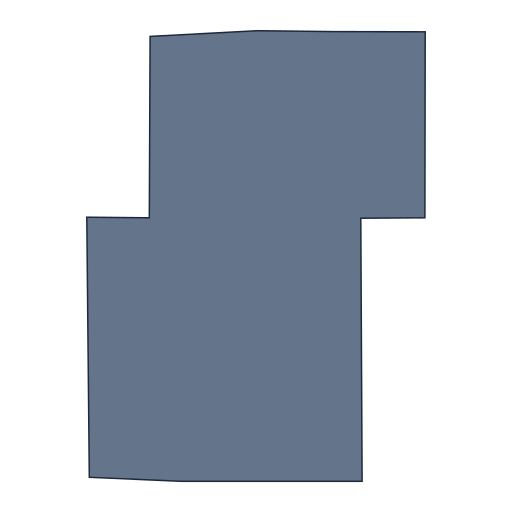 outline of Kanabec, Minnesota, United States of America
{"feature_id": "52423323B26487213878868", "entity_name": "Kanabec", "entity_type": "district", "adm_level": 2, "iso_a3": "USA", "parent_name": "United States of America", "parent_adm1": "Minnesota", "projection": "orthographic", "projection_center": [-93.298, 45.945], "detail": "fine", "context": "isolated", "style": "filled", "palette": "slate", "viewbox_px": 512, "rotation_deg": 0, "n_neighbors": 0, "source": "geoboundaries", "source_scale": "gbopen_adm2", "svg_char_len": 269}
<svg xmlns="http://www.w3.org/2000/svg" viewBox="0 0 512 512"><path d="M150.1,36.4L149.3,217.8L86.8,217.2L89.3,477.3L180.8,481.3L362.1,481.3L360.8,218.2L424.9,217.8L425.2,31.8L334.1,31.6L257.3,30.7L150.1,36.4Z" fill="#64748b" stroke="#1e293b" stroke-width="1.5"/></svg>